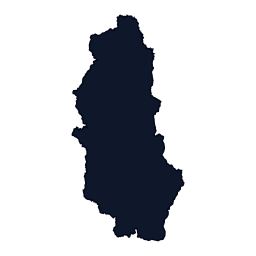 the district of Mueang Mae Hong Son, Mae Hong Son, Thailand
{"feature_id": "78962969B54063413445494", "entity_name": "Mueang Mae Hong Son", "entity_type": "district", "adm_level": 2, "iso_a3": "THA", "parent_name": "Thailand", "parent_adm1": "Mae Hong Son", "projection": "equal_earth", "projection_center": [98.008, 19.287], "detail": "fine", "context": "isolated", "style": "filled", "palette": "ink", "viewbox_px": 256, "rotation_deg": 0, "n_neighbors": 0, "source": "geoboundaries", "source_scale": "gbopen_adm2", "svg_char_len": 5744}
<svg xmlns="http://www.w3.org/2000/svg" viewBox="0 0 256 256"><path d="M181.6,170.5L180.0,170.4L178.5,169.5L176.9,170.8L176.2,170.7L174.5,168.7L173.3,168.3L172.3,166.0L171.6,165.3L170.9,165.2L170.2,165.6L168.7,164.9L167.9,163.9L166.4,163.0L166.4,161.4L165.7,160.1L163.8,158.5L162.6,156.2L161.6,156.1L161.6,155.6L162.1,153.9L162.7,153.1L163.8,150.7L164.3,147.8L163.8,143.9L162.5,141.5L162.4,140.6L162.5,139.8L163.1,139.0L163.4,136.8L162.5,136.2L161.2,135.9L159.6,134.3L158.8,134.3L158.4,134.9L157.2,135.1L156.8,135.7L155.2,136.3L154.2,135.9L154.3,135.0L154.0,133.8L155.1,132.5L155.9,130.8L155.3,129.3L155.3,127.5L154.6,125.5L154.0,121.8L154.0,119.8L153.5,117.6L153.4,115.0L154.5,114.0L155.1,114.1L155.7,112.4L156.2,111.7L158.3,111.3L158.7,107.2L159.7,106.4L160.0,105.0L159.7,103.8L160.7,101.7L160.0,101.0L159.1,100.8L158.7,100.0L157.5,99.9L156.6,98.8L155.5,98.6L155.1,98.0L153.3,97.3L152.5,96.7L152.1,95.9L151.5,95.9L150.5,95.1L151.1,93.8L150.5,91.8L150.3,89.0L150.6,88.5L150.4,87.1L151.7,85.4L152.2,85.2L152.5,83.9L152.2,82.7L152.6,82.3L152.6,80.8L152.9,80.3L152.5,79.6L152.6,78.9L152.3,78.5L152.2,76.8L151.9,75.8L152.0,74.7L151.4,73.9L151.5,73.2L151.0,73.2L150.9,72.7L151.3,71.6L153.3,68.2L153.2,67.6L152.3,66.8L152.0,62.8L152.5,60.2L153.0,59.6L152.7,58.9L153.5,58.8L153.2,57.1L153.8,56.7L153.9,56.2L153.2,55.9L152.7,54.9L153.2,54.1L153.8,53.8L153.0,53.4L152.7,54.2L152.4,54.2L152.5,53.2L152.0,51.7L152.6,50.3L152.0,50.3L152.3,49.5L151.6,49.9L151.5,49.0L150.5,49.2L150.2,48.6L149.8,49.3L148.8,48.6L147.8,48.9L147.3,48.5L146.8,48.8L146.6,47.9L146.0,47.9L146.3,47.4L145.8,47.0L145.8,46.0L145.3,45.3L143.9,44.9L143.5,44.0L143.2,44.2L142.7,43.4L142.3,41.1L142.6,40.9L142.2,40.3L142.3,39.4L142.1,38.6L143.0,38.2L143.3,37.6L142.9,37.2L141.5,37.0L141.6,36.4L142.3,36.0L142.6,34.6L142.4,34.3L141.7,34.5L141.4,33.5L140.3,33.6L140.7,32.4L140.1,32.2L139.8,31.0L138.8,30.2L138.6,29.2L138.8,27.7L137.8,26.8L137.8,24.7L138.2,23.5L136.8,21.8L136.4,19.8L134.7,18.5L134.3,18.6L134.0,17.7L133.1,18.8L132.5,18.6L132.1,18.1L132.0,16.9L131.4,16.2L128.3,16.3L127.3,15.6L127.3,16.5L126.9,16.9L126.1,16.4L125.4,16.8L124.8,16.5L124.1,17.7L123.9,16.9L122.3,16.1L121.9,16.3L121.4,15.9L120.5,15.9L120.1,15.4L119.7,15.7L119.5,16.8L119.1,17.3L118.1,17.0L117.3,17.5L118.0,18.8L117.3,21.0L118.2,22.7L117.6,24.2L118.1,26.4L117.9,27.5L117.0,28.1L114.6,28.6L114.2,29.3L114.3,30.4L113.3,29.9L112.4,30.3L111.7,29.9L111.4,29.3L110.2,28.9L108.1,31.0L106.7,31.7L106.3,31.5L104.8,32.9L102.5,33.2L100.5,35.1L97.8,35.6L95.3,34.2L93.9,35.1L92.6,35.1L91.0,36.0L90.5,37.6L91.1,38.6L91.4,39.8L90.4,41.4L89.5,44.9L89.7,48.2L89.5,50.0L91.7,51.7L92.6,52.7L92.7,55.1L94.0,55.5L94.2,56.4L93.9,57.1L94.4,58.1L95.4,58.0L97.3,59.9L95.5,60.7L95.3,61.2L94.6,61.1L93.7,61.5L93.6,62.4L94.1,63.7L93.4,64.9L92.3,65.0L91.3,65.4L90.9,65.9L90.5,66.9L90.7,67.6L90.7,68.6L90.2,68.9L90.1,69.9L88.3,70.8L87.1,72.3L86.9,73.4L86.2,73.7L86.0,74.3L85.6,74.5L85.2,76.3L84.3,76.8L83.1,78.6L82.9,79.5L82.8,82.5L81.6,84.6L80.0,86.2L80.0,86.9L79.7,87.6L79.1,88.2L77.9,88.5L77.7,89.8L77.2,90.4L73.6,90.8L73.0,92.5L73.4,93.6L74.6,93.6L76.2,95.5L77.3,95.9L77.5,96.9L76.9,98.2L77.8,99.6L76.5,101.0L76.8,103.5L76.4,105.2L75.9,105.7L76.0,106.9L77.0,107.7L77.2,108.4L77.9,109.1L78.3,109.1L78.5,110.1L79.6,111.0L79.3,111.6L78.9,111.8L79.2,113.1L79.9,113.3L80.3,114.3L81.6,114.6L81.7,115.5L82.5,116.4L82.5,117.3L82.0,118.8L83.2,120.5L83.2,123.0L84.5,123.8L85.9,123.7L86.4,124.7L86.3,125.3L86.6,126.1L86.5,127.1L85.7,126.6L83.8,126.7L82.4,129.3L81.5,129.4L80.3,128.7L79.4,129.2L78.9,130.3L78.5,129.4L77.9,129.0L77.8,127.8L76.7,127.3L76.4,128.2L75.4,129.2L75.0,128.8L74.1,129.2L73.7,131.9L73.0,132.2L73.0,133.0L72.6,133.4L72.3,134.1L72.5,135.3L74.4,135.6L74.7,136.3L76.8,137.3L78.6,138.7L79.1,139.6L79.3,141.0L80.5,143.5L82.2,143.5L82.7,144.0L82.4,146.4L83.5,146.4L86.2,147.8L86.4,148.0L86.3,149.0L87.1,150.9L87.1,155.0L85.6,156.2L85.4,157.1L86.0,158.6L86.0,159.6L86.9,161.5L85.6,165.1L86.1,166.2L85.8,167.6L86.6,168.4L86.3,170.4L86.8,170.9L86.9,172.1L86.6,172.9L85.3,173.3L85.2,174.8L84.5,176.3L84.6,177.0L85.4,178.3L85.2,179.2L85.6,181.3L86.0,181.9L85.7,182.5L85.9,183.5L85.1,185.2L85.4,187.5L85.0,188.4L85.0,189.5L83.3,190.2L84.3,195.1L84.3,196.6L85.4,197.3L85.7,198.0L87.3,199.1L90.5,199.7L91.7,200.9L92.4,200.3L93.7,200.5L94.1,201.8L95.7,201.7L96.0,202.5L97.1,202.5L97.7,204.3L99.1,204.5L99.2,204.9L98.5,207.1L100.1,210.8L100.1,211.9L100.3,212.4L103.1,213.4L104.1,212.8L105.4,212.6L106.1,213.9L107.8,213.7L110.0,214.3L113.3,217.7L114.9,216.5L115.8,216.4L116.4,217.7L115.8,219.1L116.3,219.9L115.8,222.4L116.2,223.5L116.1,226.1L115.8,226.8L114.3,227.6L114.0,228.4L114.0,229.3L113.5,230.4L114.8,232.0L115.3,234.1L116.0,234.5L117.1,236.1L118.1,236.8L119.4,236.3L120.5,236.4L120.9,235.7L122.9,236.1L123.5,235.1L125.0,234.3L126.0,235.1L127.4,234.9L128.6,237.0L129.1,237.0L129.7,236.6L129.9,235.3L130.5,234.4L131.0,232.7L131.3,232.6L132.5,233.8L133.1,233.9L135.2,232.7L135.2,232.2L134.2,230.1L134.9,228.9L136.5,228.2L137.5,230.1L137.8,233.4L138.4,234.0L137.6,236.4L137.8,237.0L139.0,237.0L139.7,235.9L140.5,237.3L141.1,237.9L143.0,237.8L144.2,239.3L146.7,239.5L148.2,240.3L150.2,239.9L151.7,238.8L152.8,239.4L158.2,240.6L160.2,239.5L162.4,239.3L163.2,238.9L164.1,236.7L164.7,236.0L165.0,231.7L163.1,227.3L163.1,226.5L162.7,225.5L163.4,224.7L164.0,222.9L164.3,220.9L164.0,219.8L166.6,217.3L168.0,214.7L168.1,211.8L167.4,210.7L167.6,209.3L169.2,209.1L169.3,206.5L172.6,203.9L173.4,199.4L174.3,199.3L175.3,196.8L177.2,194.1L177.5,191.4L178.9,190.8L179.2,189.9L180.1,189.4L180.4,188.0L180.2,187.3L180.4,186.8L181.6,185.8L182.6,185.7L183.3,184.9L183.7,182.7L182.9,182.2L182.5,180.3L181.0,179.1L181.7,178.0L181.8,177.3L181.7,176.4L180.9,174.9L181.5,172.9L181.3,171.8L181.6,170.5Z" fill="#0f172a" stroke="#020617" stroke-width="1.5"/></svg>